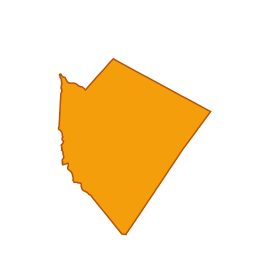 Igembe North, Eastern, Kenya, rotated 53°
{"feature_id": "3690345B95296214722814", "entity_name": "Igembe North", "entity_type": "district", "adm_level": 2, "iso_a3": "KEN", "parent_name": "Kenya", "parent_adm1": "Eastern", "projection": "mercator", "projection_center": [37.925, 0.489], "detail": "fine", "context": "isolated", "style": "filled", "palette": "amber", "viewbox_px": 256, "rotation_deg": 53, "n_neighbors": 0, "source": "geoboundaries", "source_scale": "gbopen_adm2", "svg_char_len": 4312}
<svg xmlns="http://www.w3.org/2000/svg" viewBox="0 0 256 256"><g transform="rotate(53 128 128)"><path d="M211.9,193.7L211.2,192.4L210.5,190.4L210.1,189.2L209.6,187.7L208.1,183.1L207.8,182.3L207.6,181.9L206.3,178.1L206.2,177.6L205.5,175.9L204.8,173.6L198.2,154.9L195.3,146.3L193.8,142.3L193.5,141.5L193.3,140.8L192.5,138.4L190.6,133.0L188.7,127.5L187.3,123.5L187.0,122.8L186.7,122.0L186.4,121.2L185.9,119.7L184.5,115.7L183.2,111.8L182.1,108.7L178.7,99.2L177.8,96.7L176.7,92.7L176.3,91.3L175.4,88.4L171.8,76.2L170.4,71.7L168.7,65.9L167.8,63.0L166.3,57.9L164.6,52.2L156.3,56.0L144.8,61.2L144.3,61.4L143.5,61.8L142.0,62.5L139.1,63.8L134.9,65.9L119.1,73.0L118.1,73.5L108.8,77.7L97.1,83.1L92.6,85.2L87.6,87.5L72.5,94.3L68.3,96.2L66.4,97.1L63.9,98.0L64.7,103.1L66.4,110.8L68.7,123.3L69.8,128.4L70.1,129.9L70.3,131.1L71.2,135.4L72.0,139.0L71.6,139.1L71.3,139.2L70.9,139.2L70.4,139.3L69.8,139.4L69.4,139.4L69.0,139.5L68.0,139.8L67.5,139.9L67.3,140.1L66.6,141.0L66.2,141.2L65.8,141.4L65.1,141.9L64.6,142.1L64.1,142.3L63.2,142.4L62.7,142.4L62.3,142.6L60.9,143.3L60.4,143.6L59.9,143.9L59.6,144.2L59.2,144.6L59.0,145.0L58.7,145.3L58.4,145.9L58.1,146.3L57.7,146.8L57.4,147.1L57.0,147.6L56.4,147.9L56.0,148.2L55.6,148.3L55.1,148.6L54.5,148.6L54.0,148.6L53.2,148.5L52.6,148.4L51.7,148.3L51.1,148.2L50.6,148.1L50.1,148.0L49.8,148.0L49.5,148.0L49.1,148.4L48.8,148.7L48.6,148.9L48.3,149.1L48.0,149.1L47.6,149.2L47.3,149.3L47.0,149.4L46.6,149.4L46.0,149.4L45.5,149.3L45.1,149.1L44.7,149.2L44.3,149.4L44.1,149.8L44.1,150.5L44.4,150.8L44.7,151.0L45.3,151.0L45.8,151.1L46.3,151.2L46.7,151.5L46.9,151.9L47.4,151.9L47.9,151.9L48.4,151.8L48.7,151.9L49.1,152.1L49.4,152.2L49.8,152.4L50.1,152.8L50.7,153.0L51.1,153.2L51.4,153.5L51.8,153.6L52.1,153.7L52.5,154.0L53.0,154.5L53.2,154.9L53.5,155.1L53.8,155.4L54.1,155.7L54.4,155.9L54.6,156.2L55.1,156.5L55.3,157.0L55.6,157.4L55.9,157.6L56.4,157.5L56.8,157.6L57.2,157.6L57.6,157.7L57.8,158.0L58.3,158.4L58.8,158.7L59.1,159.1L59.4,159.4L59.7,159.6L59.8,160.2L60.0,160.6L60.2,161.0L83.4,180.5L84.9,181.8L85.3,182.1L85.6,182.4L85.8,183.1L86.1,183.5L86.5,183.7L86.9,183.9L87.2,184.1L87.5,184.2L88.0,184.0L88.4,183.6L89.0,183.4L89.5,183.4L90.0,183.3L90.5,183.4L90.9,183.6L91.2,183.6L91.9,183.7L92.4,183.8L92.9,183.9L93.4,184.2L93.9,184.6L94.3,184.9L94.7,185.1L95.1,185.4L95.5,185.5L96.0,185.5L96.3,185.6L96.4,186.0L96.3,186.3L96.5,186.6L96.7,187.0L97.1,187.2L97.5,187.5L97.8,187.6L98.1,187.8L98.4,187.7L98.9,187.5L99.2,187.4L99.5,187.3L100.0,187.5L100.1,188.2L100.4,188.4L100.7,188.5L100.9,189.0L101.1,189.6L101.1,190.0L101.3,190.4L101.3,190.9L101.3,191.4L101.6,191.7L102.0,191.9L102.4,191.9L102.8,192.0L103.0,192.3L103.3,192.7L103.7,192.8L104.2,193.0L104.5,193.3L104.9,193.2L105.2,193.1L105.4,193.3L105.6,193.6L105.5,194.0L105.7,194.4L106.1,194.3L106.6,194.2L107.0,194.1L107.5,194.2L107.9,194.4L108.3,194.5L108.7,194.7L109.0,195.0L109.3,195.3L109.6,195.5L109.9,195.6L110.3,195.7L110.7,195.9L111.1,196.1L111.4,196.3L111.9,196.4L112.3,196.6L112.7,196.8L113.0,197.3L113.2,197.7L113.3,198.1L113.5,198.6L113.7,199.1L113.8,199.5L114.0,199.9L114.3,200.1L114.6,200.3L115.0,200.4L115.4,200.7L116.0,200.8L115.9,201.2L116.2,201.5L116.7,201.6L117.1,201.9L117.3,201.7L117.7,202.1L118.1,202.2L118.3,201.7L118.4,201.2L118.8,200.8L118.9,200.5L119.9,197.1L120.4,197.1L120.7,197.3L121.1,197.7L121.7,197.9L122.0,198.2L122.3,198.6L122.6,199.0L122.9,199.5L123.3,199.9L123.7,200.2L124.0,200.4L124.3,200.6L124.9,200.6L125.4,200.6L125.8,200.5L126.2,200.4L126.5,200.3L126.9,200.2L127.4,200.1L127.9,199.9L128.3,199.9L128.8,199.9L129.1,199.8L129.6,199.8L130.0,200.1L130.4,200.1L130.9,200.1L131.5,200.2L131.8,200.5L132.1,200.7L132.7,200.9L133.1,201.1L133.8,201.3L134.2,201.5L134.6,201.7L135.0,201.9L135.4,202.2L135.7,202.5L136.0,202.9L136.5,203.3L136.9,203.5L137.2,203.5L137.9,203.6L138.6,203.8L139.0,203.5L139.4,203.1L140.2,202.1L140.5,201.6L140.7,201.2L141.1,201.2L141.7,201.0L142.2,200.5L142.5,200.2L143.2,199.3L143.5,199.2L144.0,199.1L144.6,199.0L146.5,200.6L149.7,201.6L150.0,201.6L150.4,201.5L150.8,201.4L153.3,200.2L153.8,199.9L154.2,199.7L154.7,199.4L155.2,199.3L155.7,199.2L156.1,199.2L157.8,199.1L159.0,198.3L159.4,198.3L161.8,198.3L165.3,198.2L173.8,197.9L180.9,197.6L182.8,197.5L188.4,197.3L199.5,197.0L206.2,196.8L208.9,196.7L211.4,194.0L211.9,193.7Z" fill="#f59e0b" stroke="#b45309" stroke-width="1.5"/></g></svg>